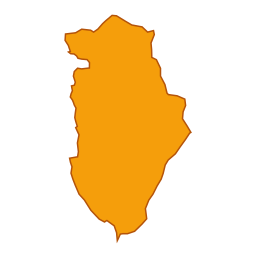 outline of Fasoula Lemesou, Limassol, Cyprus
{"feature_id": "46923920B8912190336740", "entity_name": "Fasoula Lemesou", "entity_type": "district", "adm_level": 2, "iso_a3": "CYP", "parent_name": "Cyprus", "parent_adm1": "Limassol", "projection": "robinson", "projection_center": [33.027, 34.754], "detail": "fine", "context": "isolated", "style": "filled", "palette": "amber", "viewbox_px": 256, "rotation_deg": 0, "n_neighbors": 0, "source": "geoboundaries", "source_scale": "gbopen_adm2", "svg_char_len": 1310}
<svg xmlns="http://www.w3.org/2000/svg" viewBox="0 0 256 256"><path d="M68.5,52.0L70.7,53.7L74.1,54.0L76.6,55.9L78.0,58.3L81.7,59.1L87.1,59.6L89.5,62.6L89.4,68.0L85.7,68.4L81.6,68.9L77.6,68.2L74.3,71.5L73.4,76.1L75.3,82.2L74.4,85.2L71.5,85.9L72.4,90.8L71.1,93.8L70.3,97.0L72.4,100.0L73.5,102.6L74.2,104.8L74.7,105.8L76.0,108.1L75.3,113.1L74.8,117.6L75.7,121.2L77.3,126.4L75.7,127.6L79.0,134.8L77.4,143.0L78.4,151.7L77.6,156.8L69.6,158.2L70.5,162.4L72.0,166.8L71.0,173.2L72.9,179.1L74.8,184.0L75.3,185.3L79.1,194.2L84.4,200.0L90.9,210.3L99.2,219.1L104.5,222.0L106.9,220.5L114.2,225.8L116.6,232.7L117.3,240.6L117.9,239.4L120.3,234.1L122.8,233.7L124.5,233.7L127.5,233.7L134.6,231.3L142.0,224.1L145.7,219.9L146.7,218.8L145.4,208.6L148.8,200.1L153.0,194.1L157.0,186.1L161.2,179.1L163.1,173.6L165.2,165.0L168.2,160.0L175.4,153.8L179.9,147.2L185.3,139.7L189.6,133.2L190.9,132.4L187.1,126.0L182.5,118.8L183.1,111.8L185.6,105.5L184.8,99.1L177.1,95.8L168.4,94.6L167.0,93.1L164.9,84.5L160.5,76.1L160.5,68.3L156.4,59.7L151.8,57.4L151.6,49.6L151.0,43.0L154.3,34.6L153.5,30.6L147.6,32.1L142.1,26.9L131.8,25.0L125.5,21.3L116.5,15.8L112.1,15.4L105.7,20.8L102.7,23.6L97.9,29.1L93.6,32.1L90.6,30.2L81.7,29.2L75.6,32.8L65.5,34.0L65.1,40.4L68.3,45.4L70.3,51.4L68.5,52.0Z" fill="#f59e0b" stroke="#b45309" stroke-width="1.5"/></svg>